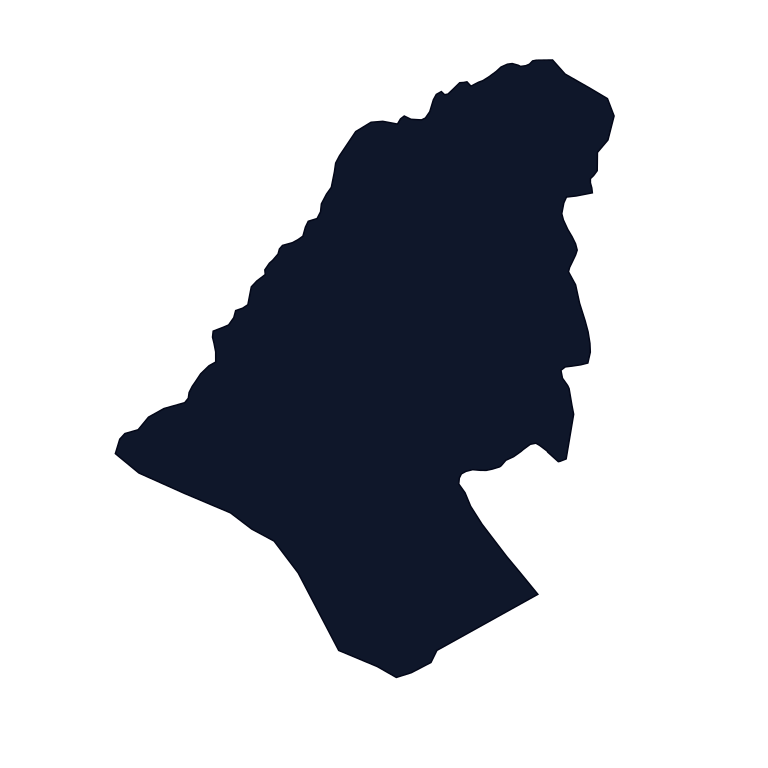 the district of Bogangolo, Ombella-M'Poko, Central African Republic, rotated 79°
{"feature_id": "33826404B36599130273361", "entity_name": "Bogangolo", "entity_type": "district", "adm_level": 2, "iso_a3": "CAF", "parent_name": "Central African Republic", "parent_adm1": "Ombella-M'Poko", "projection": "albers", "projection_center": [18.123, 5.472], "detail": "fine", "context": "isolated", "style": "filled", "palette": "ink", "viewbox_px": 768, "rotation_deg": 79, "n_neighbors": 0, "source": "geoboundaries", "source_scale": "gbopen_adm2", "svg_char_len": 2139}
<svg xmlns="http://www.w3.org/2000/svg" viewBox="0 0 768 768"><g transform="rotate(79 384 384)"><path d="M619.8,273.1L596.2,285.8L576.7,296.5L540.4,314.5L520.5,322.3L506.2,325.2L496.4,329.7L490.7,328.0L487.0,325.2L485.4,320.2L485.0,313.3L487.0,306.3L488.3,300.2L488.2,294.0L487.4,286.3L486.6,284.6L482.1,278.9L480.1,270.7L476.4,262.5L474.8,259.7L471.1,251.9L471.1,246.2L474.0,242.9L480.9,236.7L482.1,236.3L493.5,227.7L493.5,226.1L492.3,219.5L449.9,203.6L441.0,203.6L423.8,203.2L420.6,204.0L412.4,207.7L404.3,207.7L401.8,202.8L402.3,196.2L402.7,187.2L402.3,179.9L392.1,175.4L383.5,174.1L371.7,173.7L360.3,174.5L342.0,176.6L323.2,177.0L309.0,181.5L304.9,179.5L300.0,175.8L293.9,171.3L289.4,168.8L282.9,169.2L275.2,171.3L267.4,174.1L257.2,176.6L250.7,177.0L240.5,172.9L235.3,169.2L236.1,159.4L236.1,143.0L231.2,142.6L225.9,143.0L221.8,142.2L219.4,138.5L215.3,134.0L207.6,132.4L197.4,130.3L187.2,117.6L164.8,107.0L146.5,110.2L132.6,125.8L114.3,147.1L98.1,156.7L95.2,172.8L95.2,176.5L97.8,180.2L98.6,184.1L98.3,189.4L96.7,191.4L93.9,197.0L93.6,201.9L95.2,208.7L98.6,214.2L102.7,222.9L105.1,229.2L105.8,233.6L108.2,241.8L103.2,244.9L103.2,248.3L102.7,252.2L107.7,259.8L111.6,265.9L111.6,269.3L107.9,271.9L109.7,277.4L114.4,281.3L119.9,284.2L125.4,287.1L130.8,292.6L131.9,296.8L129.3,307.0L124.8,313.0L126.9,317.2L131.4,321.2L125.9,335.1L124.6,346.8L130.8,363.6L151.4,384.1L157.9,389.3L166.3,392.2L180.9,398.2L186.6,404.2L195.2,411.1L202.8,413.4L208.8,418.1L209.8,427.3L215.0,431.2L223.4,435.4L226.0,441.2L227.8,447.0L228.6,457.2L231.5,460.9L236.2,463.2L241.4,469.8L243.5,473.4L249.2,479.2L253.9,479.7L258.6,489.2L263.3,495.7L273.7,499.9L280.2,502.5L282.6,508.3L283.6,515.6L290.2,518.8L296.4,525.3L297.7,531.3L299.5,541.6L305.3,543.4L311.3,543.1L320.4,543.1L330.3,545.0L332.7,552.3L339.0,562.0L345.7,568.6L349.7,572.7L355.1,576.9L360.6,578.8L364.3,583.2L366.1,604.7L371.6,621.5L382.0,634.1L383.2,647.8L387.7,653.9L401.1,661.0L424.6,641.6L453.3,600.8L481.2,559.3L501.2,541.5L517.2,521.9L553.1,504.3L636.9,479.3L660.1,444.5L674.4,427.9L672.6,412.2L666.3,391.0L655.6,382.9L619.8,273.1Z" fill="#0f172a" stroke="#020617" stroke-width="1.5"/></g></svg>